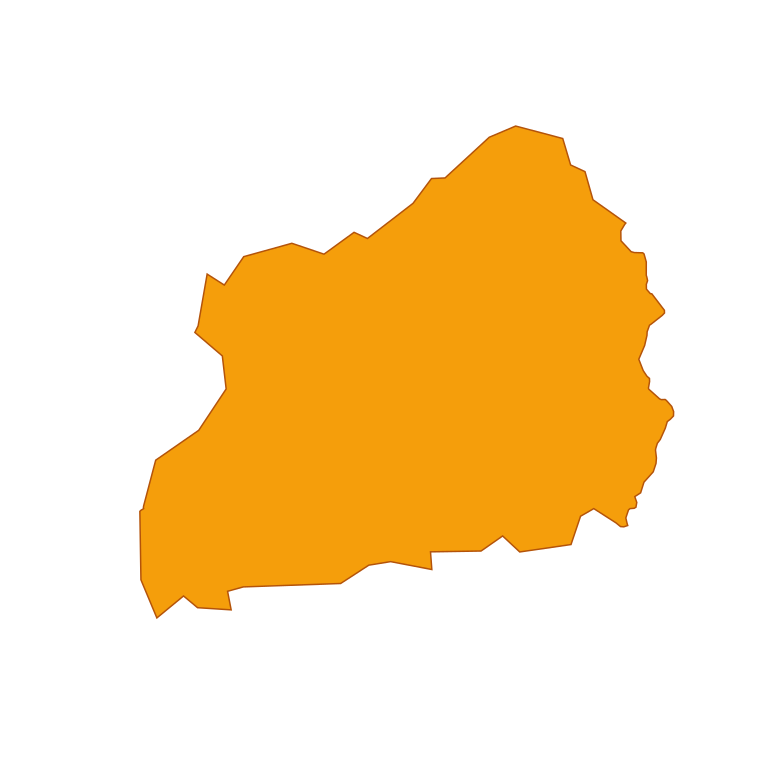 Graham, North Carolina, United States of America, rotated 163°
{"feature_id": "52423323B76614514394942", "entity_name": "Graham", "entity_type": "district", "adm_level": 2, "iso_a3": "USA", "parent_name": "United States of America", "parent_adm1": "North Carolina", "projection": "equal_earth", "projection_center": [-83.908, 35.342], "detail": "fine", "context": "isolated", "style": "filled", "palette": "amber", "viewbox_px": 768, "rotation_deg": 163, "n_neighbors": 0, "source": "geoboundaries", "source_scale": "gbopen_adm2", "svg_char_len": 1473}
<svg xmlns="http://www.w3.org/2000/svg" viewBox="0 0 768 768"><g transform="rotate(163 384 384)"><path d="M202.7,183.3L199.5,178.5L196.4,177.3L192.3,177.4L192.3,178.0L192.3,179.6L191.9,185.2L187.0,192.1L185.2,192.9L181.1,192.0L179.1,192.5L176.9,196.8L177.1,203.0L170.4,204.9L164.1,214.1L152.2,221.3L147.1,228.5L145.1,233.6L143.7,241.4L142.9,243.0L139.9,247.4L136.0,250.2L127.9,259.5L124.1,265.2L120.4,266.6L116.5,268.8L115.1,272.9L115.4,278.4L118.8,285.8L119.7,287.0L123.4,288.0L124.8,289.2L132.3,301.6L132.3,302.8L129.3,308.7L128.5,311.7L130.3,314.6L132.2,321.0L133.1,333.2L123.5,344.6L118.3,353.6L117.1,357.0L112.9,362.6L111.2,363.1L97.8,368.3L95.0,369.9L94.3,372.5L101.5,391.9L102.9,392.6L105.3,398.0L104.0,402.6L101.7,405.8L101.4,409.3L101.4,411.3L97.5,424.0L97.3,432.3L98.2,433.8L106.2,436.5L109.0,438.3L115.5,451.7L112.8,461.1L107.2,466.2L105.7,467.2L130.3,499.1L129.7,528.3L141.5,538.9L141.3,566.5L182.7,592.2L211.2,589.2L265.4,563.2L278.5,566.6L303.4,548.3L357.3,528.0L368.3,537.8L403.4,525.7L431.0,545.5L480.9,546.8L507.8,525.3L521.0,540.8L544.8,493.9L549.8,488.6L530.4,458.1L536.4,425.4L574.7,393.9L624.6,377.9L649.5,337.7L650.2,336.3L650.3,335.1L653.4,334.3L654.7,333.6L673.7,267.8L669.6,226.7L637.7,239.9L627.7,224.6L596.2,212.7L594.2,231.5L577.9,231.1L483.8,205.9L451.5,215.2L429.6,212.2L392.5,192.6L388.6,209.9L340.0,195.9L315.0,204.0L303.3,183.7L252.1,175.8L234.7,200.1L219.8,203.5L202.7,183.3Z" fill="#f59e0b" stroke="#b45309" stroke-width="1.5"/></g></svg>